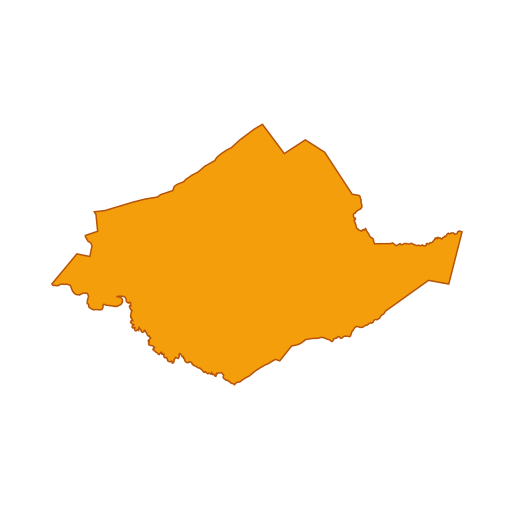 District Autonome D'Abidjan, Lagunes, Ivory Coast, rotated 153°
{"feature_id": "98640826B76853064397847", "entity_name": "District Autonome D'Abidjan", "entity_type": "district", "adm_level": 2, "iso_a3": "CIV", "parent_name": "Ivory Coast", "parent_adm1": "Lagunes", "projection": "robinson", "projection_center": [-4.007, 5.412], "detail": "fine", "context": "isolated", "style": "filled", "palette": "amber", "viewbox_px": 512, "rotation_deg": 153, "n_neighbors": 0, "source": "geoboundaries", "source_scale": "gbopen_adm2", "svg_char_len": 6128}
<svg xmlns="http://www.w3.org/2000/svg" viewBox="0 0 512 512"><g transform="rotate(153 256 256)"><path d="M61.5,183.9L63.4,186.0L65.1,186.0L65.7,185.3L66.7,184.9L67.9,184.8L68.9,185.1L69.6,186.9L70.5,187.1L71.1,187.7L71.9,187.9L72.8,187.7L73.8,188.1L74.3,189.0L75.9,188.7L76.8,187.9L78.4,187.3L79.0,187.9L80.3,187.4L81.3,187.6L82.2,187.0L83.0,186.8L83.7,188.5L84.6,188.6L84.9,189.5L85.4,190.0L86.1,189.5L86.8,189.3L87.1,190.4L87.9,190.5L88.7,190.3L89.1,189.5L89.9,189.5L92.6,188.2L93.4,188.2L94.3,188.6L95.4,188.7L96.6,188.2L97.8,189.6L98.8,189.5L99.3,188.4L100.0,188.2L101.0,188.4L102.1,189.0L102.6,190.3L103.6,190.3L105.2,190.7L105.8,191.5L108.4,192.6L111.2,195.9L111.7,196.8L113.7,197.0L114.6,197.3L116.4,198.9L117.6,199.6L121.0,199.8L121.6,200.4L122.0,201.6L122.9,201.7L123.8,201.4L125.9,201.4L126.7,202.1L127.9,204.8L128.6,205.8L129.5,205.7L130.6,206.0L144.8,213.1L144.7,215.3L144.0,217.2L143.9,218.3L144.4,219.4L145.4,220.7L145.6,221.8L145.7,222.6L145.6,224.8L146.1,227.9L145.8,229.6L146.1,230.8L147.8,229.8L148.3,230.9L149.5,230.8L150.6,230.2L152.8,232.8L152.9,233.8L153.5,234.8L153.4,236.8L152.7,239.0L152.5,243.0L152.1,243.6L151.3,243.3L150.6,243.7L150.4,244.8L151.4,245.8L151.2,246.7L150.3,248.9L149.4,249.2L148.1,249.1L146.2,250.3L145.3,250.2L144.4,250.5L141.7,250.4L139.8,251.2L138.8,252.7L138.1,255.5L137.9,256.8L137.3,257.4L136.8,258.4L136.9,259.5L136.3,262.0L136.5,262.9L137.2,263.6L142.3,267.4L147.7,317.3L159.4,337.1L184.3,334.4L190.5,370.4L199.6,369.9L217.5,366.8L228.8,363.7L234.2,363.7L241.6,362.8L246.1,361.6L249.6,359.7L261.0,359.2L269.6,357.1L276.2,357.1L283.8,356.1L286.7,355.0L293.3,355.6L297.0,355.2L300.5,352.1L313.1,354.0L317.0,353.3L329.3,357.2L341.9,360.0L370.1,365.1L380.0,368.8L379.7,364.8L379.9,365.2L385.9,349.9L397.4,351.6L398.7,351.7L399.0,351.5L399.3,350.0L399.1,348.2L399.0,345.5L398.7,344.8L397.7,343.5L397.4,342.8L397.3,342.0L397.4,340.1L397.8,339.1L404.3,331.0L414.6,339.2L450.5,323.8L450.5,322.5L450.0,321.8L448.7,321.2L446.6,319.7L445.2,319.4L443.4,319.6L442.0,319.2L439.3,317.6L437.8,317.0L435.1,314.7L434.8,313.1L435.3,310.1L435.3,307.7L435.0,305.8L434.8,304.8L433.2,302.8L431.7,302.1L431.1,301.4L426.7,301.4L423.4,299.4L423.2,297.8L423.6,296.1L424.0,295.5L425.6,293.9L427.4,291.5L427.8,290.8L427.9,290.0L427.3,289.4L427.2,288.6L428.1,286.8L427.8,285.4L425.3,281.8L423.5,281.2L421.2,280.0L420.5,279.4L418.3,278.4L417.7,278.3L415.9,279.4L414.7,281.4L413.6,282.1L413.0,281.7L411.9,280.1L411.4,279.8L410.9,279.7L408.7,278.0L406.9,277.0L405.1,275.4L402.8,274.2L398.5,274.1L397.9,274.4L396.2,275.2L396.1,275.6L395.1,276.8L394.8,278.3L395.0,279.7L395.3,280.5L395.7,280.9L397.7,282.3L398.2,282.8L397.6,283.0L395.6,281.9L393.8,281.2L392.0,279.7L391.5,279.1L391.3,278.4L391.3,277.8L391.4,276.4L391.9,275.2L392.1,274.4L391.9,273.8L391.5,272.6L391.1,272.0L390.0,271.9L389.4,272.2L389.2,271.6L389.2,270.7L390.1,269.4L390.0,268.5L391.2,268.9L391.7,268.6L392.0,265.3L391.8,264.8L391.3,264.3L391.2,263.7L392.4,262.9L395.2,259.2L394.9,258.4L395.4,258.1L395.5,257.3L395.0,255.7L395.2,254.4L396.4,255.0L397.7,254.2L397.9,253.5L397.5,252.3L396.6,250.8L396.1,250.4L396.6,249.9L398.2,249.8L398.6,249.2L398.7,248.5L398.4,247.7L397.7,247.5L396.9,247.6L396.5,247.1L397.0,246.8L397.7,245.4L397.3,244.0L396.7,243.7L395.2,244.1L394.5,243.8L394.3,243.2L393.3,245.0L392.6,245.4L392.5,243.9L392.1,242.3L392.4,240.6L392.0,239.7L391.4,239.4L390.5,239.5L389.8,239.7L389.4,240.5L388.6,240.2L388.6,239.5L388.8,238.6L388.4,236.8L388.7,235.4L388.6,234.0L388.0,233.4L387.4,233.3L387.7,232.5L387.5,231.9L387.0,231.5L387.0,230.8L390.4,229.5L390.7,228.9L390.6,228.3L389.8,228.6L389.9,228.0L391.4,227.0L391.7,226.2L391.7,225.5L390.7,224.2L389.3,223.4L388.7,222.8L388.5,221.5L387.8,220.6L388.7,219.8L389.3,220.1L390.1,219.8L390.2,218.8L389.6,217.6L389.1,217.0L389.1,216.2L388.1,214.9L387.6,212.7L387.1,212.2L384.2,213.4L383.8,212.9L384.6,211.5L384.3,211.0L383.1,210.9L382.6,210.5L383.5,208.9L383.7,207.3L383.1,206.4L382.4,206.5L381.7,205.3L381.8,204.5L382.1,203.7L382.2,202.9L381.9,201.9L380.5,200.6L378.8,200.6L379.2,198.5L378.3,198.3L377.4,198.8L376.3,200.1L375.9,200.9L374.7,201.3L373.7,202.2L372.1,200.1L371.4,200.2L370.6,200.8L369.3,202.6L369.2,203.4L368.3,203.7L367.7,203.1L367.6,202.4L367.5,200.0L366.3,199.3L366.5,198.7L367.0,198.4L367.0,197.7L366.7,197.2L366.5,196.2L366.7,195.6L367.0,195.0L366.7,193.5L366.2,192.6L365.4,191.9L363.8,191.7L363.5,192.1L362.8,191.8L361.9,190.4L361.7,189.4L362.0,188.9L361.8,188.3L361.3,187.9L361.5,187.2L360.1,185.5L359.6,185.1L359.3,184.3L358.0,182.2L356.9,181.6L356.4,180.2L355.9,179.5L355.5,176.7L355.2,176.0L354.6,175.7L354.1,176.1L353.5,175.7L352.9,173.6L352.3,172.9L351.6,173.1L350.9,172.9L350.1,171.5L349.6,171.2L349.1,171.3L348.5,172.1L348.4,171.3L348.7,170.5L348.4,170.0L347.7,169.9L347.2,169.3L347.2,168.3L346.9,167.4L346.2,167.1L345.7,167.5L345.5,168.4L345.0,169.0L344.3,169.3L344.2,168.7L342.6,168.9L340.7,167.9L339.8,167.8L339.4,166.8L339.4,165.8L339.0,165.2L338.9,164.5L340.2,163.0L340.5,162.3L340.2,161.3L339.8,160.9L339.4,159.2L338.8,158.6L338.0,158.5L337.5,158.0L337.5,157.3L337.3,156.6L336.3,155.5L336.2,154.7L335.9,154.0L335.3,153.3L334.2,152.5L333.6,151.1L331.2,152.0L330.5,152.1L327.7,151.2L327.0,151.2L325.3,151.6L320.9,152.2L316.6,152.1L308.8,153.9L303.9,154.4L297.1,154.8L295.6,154.5L287.0,155.0L285.5,155.0L282.4,151.8L265.0,159.7L261.9,158.7L258.6,158.0L256.0,157.9L254.5,158.1L251.0,158.6L250.5,159.0L248.8,158.8L242.3,156.6L240.0,155.4L237.3,154.3L235.9,154.2L234.7,153.8L232.9,152.6L230.6,149.9L228.7,148.1L228.1,147.1L227.7,145.9L227.1,145.3L226.1,145.5L223.9,146.9L221.5,146.2L219.6,146.9L218.8,146.5L218.5,146.1L217.8,144.1L216.6,143.9L214.5,144.5L213.6,144.4L212.2,143.6L211.2,143.3L209.6,141.9L208.7,141.6L208.2,141.8L204.7,145.2L203.3,145.6L201.6,146.9L199.8,147.4L198.4,147.5L197.7,147.3L195.7,145.1L193.8,144.3L193.0,144.1L191.2,144.5L190.2,144.4L188.7,144.0L185.3,144.5L184.5,144.4L183.1,143.6L182.6,143.6L181.7,143.9L180.1,145.1L179.3,145.3L178.2,145.1L177.4,144.4L177.0,144.3L174.2,144.5L173.5,144.8L172.7,145.5L171.5,146.2L168.2,146.5L165.6,148.1L113.4,156.0L97.0,143.5L61.5,183.9Z" fill="#f59e0b" stroke="#b45309" stroke-width="1.5"/></g></svg>